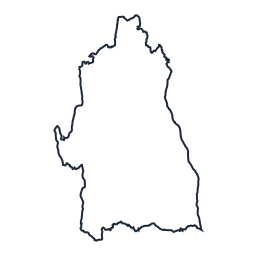 the district of Yinmarbin, Sagaing, Myanmar
{"feature_id": "60261553B62517193175445", "entity_name": "Yinmarbin", "entity_type": "district", "adm_level": 2, "iso_a3": "MMR", "parent_name": "Myanmar", "parent_adm1": "Sagaing", "projection": "equal_earth", "projection_center": [94.702, 22.309], "detail": "fine", "context": "isolated", "style": "outline", "palette": "slate", "viewbox_px": 256, "rotation_deg": 0, "n_neighbors": 0, "source": "geoboundaries", "source_scale": "gbopen_adm2", "svg_char_len": 5721}
<svg xmlns="http://www.w3.org/2000/svg" viewBox="0 0 256 256"><path d="M80.6,228.9L81.3,229.7L81.5,230.4L82.8,230.6L83.0,230.9L83.7,231.0L84.5,232.1L84.8,232.3L85.4,232.1L86.8,232.5L87.6,232.3L88.7,233.2L89.5,235.1L91.7,236.4L92.9,237.8L93.9,238.3L94.4,239.1L94.6,240.1L95.6,240.0L96.1,240.6L97.3,240.5L97.8,239.9L100.0,239.6L101.2,239.8L102.2,239.0L101.8,234.0L102.3,232.4L102.3,231.3L101.7,229.1L103.1,227.5L104.2,228.2L105.4,229.8L108.0,229.6L108.5,229.1L109.3,229.1L110.2,230.2L110.5,230.1L111.3,227.8L112.5,227.8L113.0,227.0L113.0,226.2L112.6,225.2L112.8,225.1L113.0,224.5L114.1,223.8L114.5,223.9L114.8,224.3L116.7,224.2L116.9,223.9L117.4,223.8L117.9,223.4L118.1,222.9L118.8,222.8L119.4,222.4L120.1,222.4L120.1,222.2L121.0,221.6L122.6,223.4L123.9,223.4L125.1,223.8L126.8,224.8L127.2,225.2L127.7,225.4L127.8,225.7L128.7,225.3L128.7,224.9L129.1,225.1L129.2,225.5L129.6,225.8L129.6,226.1L130.2,226.2L130.9,226.9L130.8,227.1L131.1,227.6L132.0,227.7L132.3,227.8L132.8,227.8L133.0,228.0L133.3,227.7L133.4,228.5L134.0,228.6L134.3,229.5L135.3,231.1L136.0,231.3L137.2,230.4L138.0,230.2L138.5,230.5L138.4,228.8L138.6,228.3L139.7,228.8L140.3,228.4L141.4,227.0L144.6,225.9L147.0,225.9L147.6,225.6L149.0,225.5L149.6,225.3L149.6,225.1L150.0,225.0L150.9,224.1L152.5,223.4L154.1,223.5L154.5,223.8L155.5,225.4L158.0,227.0L160.2,228.9L163.4,230.1L164.3,229.5L165.4,230.0L171.5,230.3L172.4,230.8L173.0,231.6L173.8,231.9L177.8,230.3L178.6,230.2L179.3,230.8L179.9,230.9L180.2,230.6L180.3,228.8L180.7,228.4L181.1,228.6L181.9,230.4L182.6,230.8L182.7,229.9L183.1,229.3L183.9,229.2L185.4,229.5L187.1,227.0L187.7,226.4L188.4,226.0L189.2,226.3L190.9,225.5L193.0,226.1L194.6,225.2L196.6,226.5L196.8,227.7L197.7,228.2L199.8,228.8L201.5,229.8L201.0,228.9L200.9,227.4L200.6,225.7L200.3,224.9L199.8,221.7L199.7,221.7L199.4,219.2L199.0,217.4L197.7,214.5L197.8,209.5L198.1,208.2L196.8,205.8L196.6,205.0L196.7,203.1L197.3,201.5L197.4,200.8L196.9,198.8L197.0,196.5L196.8,194.2L197.5,192.4L197.7,188.2L198.3,185.3L198.3,181.9L198.6,178.5L197.8,175.6L195.1,170.9L193.0,168.8L191.4,165.5L189.9,163.1L188.6,161.7L188.3,159.5L188.0,154.6L188.0,153.1L188.2,152.3L188.0,151.3L187.4,148.9L185.3,146.2L184.8,144.9L184.2,144.2L183.1,141.9L181.6,139.6L180.9,136.9L180.1,129.1L179.4,127.2L178.4,125.7L175.2,123.2L175.0,122.2L174.7,122.0L174.2,122.0L172.8,119.5L172.4,117.1L172.3,115.2L172.0,113.9L170.1,109.8L169.1,109.2L168.7,108.2L167.1,106.1L167.2,104.4L166.3,101.3L165.1,98.5L164.9,97.4L164.9,96.7L165.3,96.0L165.7,91.7L166.2,89.3L167.0,87.0L167.4,84.8L167.6,79.8L169.1,78.1L169.5,76.5L171.5,71.2L169.8,68.5L169.0,67.5L167.6,66.7L167.1,65.3L166.4,64.0L167.3,62.5L168.4,62.3L167.5,61.2L167.6,60.7L168.8,60.7L169.1,60.1L168.5,59.3L167.9,59.0L166.5,59.9L166.1,59.6L166.4,58.6L166.3,57.6L164.5,57.1L164.2,56.3L164.7,54.7L164.3,54.2L163.6,53.8L162.4,52.3L162.3,51.6L162.5,50.8L161.7,50.0L161.6,47.3L160.9,46.8L160.5,45.8L159.7,45.0L159.0,44.9L158.9,46.5L158.3,47.4L157.6,47.6L155.3,51.1L153.9,50.7L152.1,52.8L151.6,52.8L151.1,52.4L151.0,51.6L150.5,50.7L150.5,48.5L150.4,47.7L150.1,47.2L148.7,47.2L147.8,46.2L147.8,45.7L147.2,45.3L146.1,45.3L145.8,42.7L146.4,41.9L146.5,38.8L146.9,38.4L147.5,37.1L147.5,35.4L147.3,35.3L146.9,34.1L146.5,33.5L146.8,32.6L146.0,32.4L145.1,31.5L144.4,31.8L143.9,31.5L143.3,31.8L143.0,30.9L142.1,29.5L141.0,28.6L140.2,28.5L138.5,29.4L137.7,29.1L137.3,28.7L138.3,27.3L138.5,26.7L138.2,26.5L139.7,26.1L140.2,24.0L139.5,18.6L139.1,17.2L137.0,15.4L135.4,15.4L134.8,15.9L134.7,16.5L133.2,17.7L132.3,18.2L130.8,18.6L128.7,20.0L127.3,20.6L125.1,18.5L124.2,18.0L123.9,17.0L123.4,16.7L118.8,17.0L118.2,17.7L117.9,20.2L117.7,20.2L117.4,24.2L117.1,24.4L116.9,27.7L116.2,31.2L116.2,32.0L115.3,35.6L115.8,36.4L115.6,37.6L115.2,37.7L115.1,37.9L114.8,39.5L115.0,40.1L114.9,40.8L115.2,41.9L115.0,44.0L114.8,44.4L115.0,45.1L114.7,45.5L112.4,46.8L112.2,46.4L111.8,46.4L111.5,47.2L110.9,47.5L110.5,47.1L109.5,47.1L109.1,47.4L108.5,47.4L108.0,46.8L107.9,45.9L107.2,45.1L106.4,44.8L105.7,44.9L105.0,45.7L102.9,47.0L101.7,48.1L100.3,48.4L100.1,49.1L98.2,50.6L98.1,51.2L96.0,54.2L95.4,54.3L94.4,54.1L94.3,53.9L93.2,53.3L91.8,53.6L90.8,54.4L90.2,55.4L89.8,55.5L89.3,56.4L90.1,56.7L90.8,56.3L91.2,56.6L92.6,56.2L93.6,57.5L93.4,58.5L92.9,59.3L93.0,60.6L93.3,61.1L93.0,62.0L91.0,62.9L89.4,63.2L88.7,63.6L88.5,62.5L88.0,61.8L86.7,62.2L86.1,63.5L85.4,63.6L84.2,61.7L83.6,61.7L82.5,62.2L82.3,65.5L81.9,66.1L80.9,66.8L79.5,66.9L79.4,69.3L80.1,71.1L80.1,73.7L79.4,76.2L80.0,77.3L80.6,79.0L80.5,84.3L80.4,84.4L81.7,92.1L81.7,93.6L82.3,96.1L82.1,99.5L82.6,101.6L82.5,103.2L82.1,104.7L81.4,105.4L78.4,105.7L76.8,106.3L76.1,106.9L75.2,108.8L74.8,110.2L74.6,114.1L74.1,115.0L73.8,116.6L72.5,122.1L72.3,124.7L71.8,126.8L71.9,130.4L71.2,131.7L69.6,132.8L68.4,136.7L67.5,137.7L65.3,138.0L65.1,138.3L64.6,138.1L64.1,137.5L63.9,140.0L61.3,139.4L60.9,138.7L61.7,136.2L60.0,132.5L59.9,130.7L59.6,130.1L59.3,128.5L58.1,126.7L57.3,126.1L56.6,126.7L54.5,129.8L54.5,130.7L55.7,132.9L55.7,135.3L56.2,139.9L56.7,140.8L57.9,142.2L57.8,143.9L57.2,146.6L58.2,150.1L58.6,153.4L59.8,156.1L61.3,158.1L62.1,160.0L62.7,161.7L62.9,164.9L65.0,165.5L65.7,164.9L66.4,163.5L67.3,163.3L68.1,164.3L69.9,165.2L70.0,166.4L71.3,166.8L72.2,167.7L72.5,168.8L72.9,169.1L73.8,168.5L74.5,167.6L75.0,168.2L75.5,168.9L76.3,169.1L76.8,168.6L77.6,168.5L78.8,167.8L79.6,166.5L80.8,166.1L81.2,165.1L81.9,164.9L83.2,171.0L83.2,172.0L82.4,174.3L82.7,177.5L84.4,179.9L84.9,181.5L84.7,182.6L84.9,183.8L84.9,186.8L84.4,187.4L82.9,187.8L82.3,188.6L80.6,194.1L80.6,195.6L80.8,196.9L81.6,198.2L82.4,200.3L83.2,201.6L83.3,202.2L82.4,206.4L82.6,207.9L83.1,208.9L82.3,210.6L82.2,213.0L81.6,218.7L80.8,221.8L80.9,223.6L81.6,223.7L81.3,225.1L81.2,227.3L80.5,228.2L80.6,228.9Z" fill="none" stroke="#1e293b" stroke-width="2"/></svg>